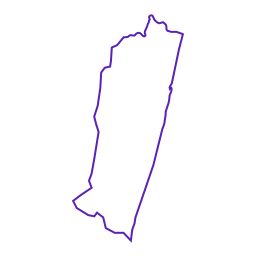 outline of Vatovavy-Fitovinany
{"feature_id": "MDG-5882", "entity_name": "Vatovavy-Fitovinany", "entity_type": "Autonomous Province", "adm_level": 1, "iso_a3": "MDG", "parent_name": "Madagascar", "parent_adm1": "", "projection": "equal_earth", "projection_center": [48.052, -21.409], "detail": "fine", "context": "isolated", "style": "outline", "palette": "violet", "viewbox_px": 256, "rotation_deg": 0, "n_neighbors": 0, "source": "natural_earth", "source_scale": "10m", "svg_char_len": 1783}
<svg xmlns="http://www.w3.org/2000/svg" viewBox="0 0 256 256"><path d="M182.9,34.2L179.0,49.2L171.9,83.0L171.2,84.5L170.2,86.0L169.6,87.5L169.9,88.8L170.9,87.6L171.4,88.0L171.6,89.2L171.4,90.8L171.0,92.2L169.7,95.0L169.5,96.7L169.2,99.9L168.5,103.1L166.0,110.7L165.7,112.0L165.6,114.9L164.4,123.0L163.4,126.5L162.4,128.8L153.4,165.0L144.5,191.1L135.5,217.3L134.5,223.5L132.2,229.8L130.9,240.6L123.5,232.8L114.7,232.8L105.8,228.1L103.2,217.4L97.0,212.7L94.3,216.3L88.2,215.1L76.7,208.0L73.1,200.9L81.0,194.9L91.6,187.8L89.0,180.7L91.6,173.6L94.2,159.3L98.6,132.0L96.0,123.7L94.2,116.6L97.7,105.8L100.3,88.0L101.2,72.5L104.8,67.7L110.1,66.6L111.0,60.6L111.8,47.5L117.2,45.1L123.7,37.2L124.1,37.4L124.6,37.4L125.4,37.2L127.3,37.0L127.7,36.9L128.1,36.7L129.3,35.7L129.7,35.5L130.1,35.3L130.5,35.2L131.0,35.2L131.9,35.3L132.8,35.5L133.3,35.6L133.7,35.6L134.2,35.6L134.6,35.4L134.9,35.2L135.7,34.2L136.7,33.4L137.0,33.3L137.9,33.0L138.7,32.9L139.4,32.9L139.8,33.0L141.1,34.0L142.4,35.5L143.2,36.0L143.8,36.4L144.3,36.4L144.7,36.2L145.0,36.0L145.3,35.6L145.4,35.2L145.4,34.8L144.9,33.5L144.8,33.0L144.8,32.4L144.8,31.9L145.1,30.9L147.2,26.3L147.4,25.8L147.4,25.2L147.7,24.2L147.9,23.8L148.6,22.7L148.7,22.3L148.9,21.2L149.0,20.7L149.2,20.3L149.7,19.7L149.7,19.2L149.6,18.8L149.2,18.0L149.1,17.6L149.1,17.1L149.3,16.7L149.5,16.3L149.7,16.0L150.1,15.7L150.5,15.5L151.0,15.4L151.6,15.4L152.0,15.5L152.4,15.7L152.7,16.1L152.9,16.4L154.4,19.8L154.6,20.1L155.9,21.3L157.4,22.5L158.3,22.9L159.0,23.2L159.5,23.2L160.0,23.1L162.2,22.4L163.0,22.3L163.4,22.4L163.8,22.8L164.3,23.3L165.5,24.3L165.8,24.7L166.0,25.1L166.3,26.0L166.4,26.6L166.4,27.8L166.4,28.4L166.5,29.1L166.7,29.8L167.3,30.6L167.9,30.9L171.4,31.9L176.5,31.9L182.3,33.9L182.9,34.2Z" fill="none" stroke="#5b21b6" stroke-width="2"/></svg>